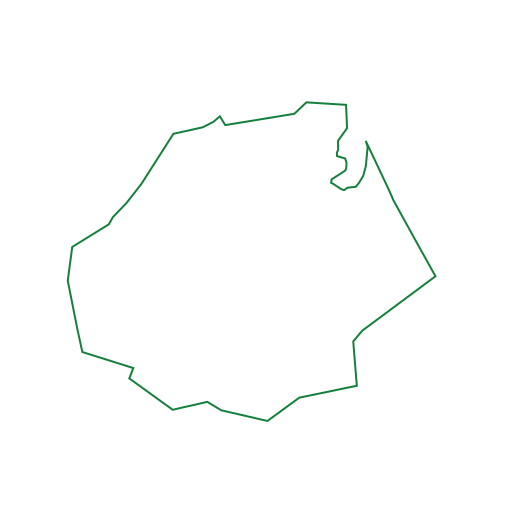 the district of San Miguel Tulancingo, Oaxaca, Mexico, rotated 291°
{"feature_id": "50627088B24354653382818", "entity_name": "San Miguel Tulancingo", "entity_type": "district", "adm_level": 2, "iso_a3": "MEX", "parent_name": "Mexico", "parent_adm1": "Oaxaca", "projection": "mercator", "projection_center": [-97.436, 17.752], "detail": "fine", "context": "isolated", "style": "outline", "palette": "green", "viewbox_px": 512, "rotation_deg": 291, "n_neighbors": 0, "source": "geoboundaries", "source_scale": "gbopen_adm2", "svg_char_len": 984}
<svg xmlns="http://www.w3.org/2000/svg" viewBox="0 0 512 512"><g transform="rotate(291 256 256)"><path d="M429.4,285.9L426.0,275.1L417.5,248.0L402.5,240.8L367.2,180.4L373.4,172.2L366.1,168.2L357.1,160.2L340.5,135.1L281.9,123.1L259.1,116.1L241.1,108.5L232.8,107.2L198.6,81.2L165.5,89.1L161.7,91.5L124.4,115.0L104.1,128.3L107.4,181.6L96.3,181.6L85.7,221.6L82.6,233.4L86.6,239.3L88.8,242.5L93.8,250.1L102.4,262.8L99.5,278.8L103.0,303.8L103.5,307.4L104.0,310.5L104.3,313.1L106.1,325.8L139.3,347.2L171.0,396.6L211.1,377.4L224.3,381.9L301.4,430.8L324.6,403.1L338.4,386.7L357.2,364.4L364.8,356.9L375.0,346.3L384.1,336.8L402.8,317.2L398.2,320.9L397.9,321.1L379.5,326.3L369.3,327.4L360.6,325.8L356.3,324.3L352.5,316.8L349.3,314.9L349.0,314.5L349.0,311.3L350.9,302.8L351.3,299.9L354.6,299.1L367.7,308.7L369.9,308.8L371.6,308.4L375.7,307.0L379.0,304.3L378.3,295.9L381.3,294.5L384.7,294.6L388.4,293.1L392.9,291.3L408.0,295.2L429.4,285.9Z" fill="none" stroke="#15803d" stroke-width="2"/></g></svg>